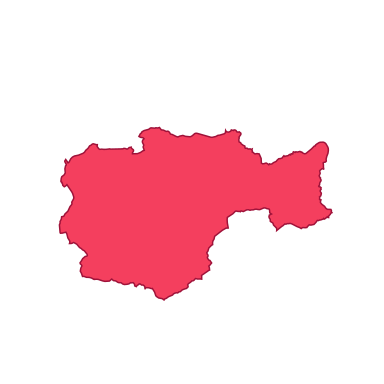 Junin, Manabi, Ecuador, rotated 326°
{"feature_id": "8360857B31956195822204", "entity_name": "Junin", "entity_type": "district", "adm_level": 2, "iso_a3": "ECU", "parent_name": "Ecuador", "parent_adm1": "Manabi", "projection": "albers", "projection_center": [-80.172, -0.94], "detail": "fine", "context": "isolated", "style": "filled", "palette": "rose", "viewbox_px": 384, "rotation_deg": 326, "n_neighbors": 0, "source": "geoboundaries", "source_scale": "gbopen_adm2", "svg_char_len": 6038}
<svg xmlns="http://www.w3.org/2000/svg" viewBox="0 0 384 384"><g transform="rotate(326 192 192)"><path d="M130.1,97.7L127.2,98.0L125.2,98.9L123.4,99.0L118.6,98.0L114.6,96.4L112.4,96.2L110.0,96.7L106.9,98.4L105.8,98.6L105.2,98.1L105.6,97.4L105.5,94.4L103.8,95.2L103.5,95.9L103.1,99.0L102.7,99.4L101.8,99.6L99.6,101.7L97.6,105.3L95.6,106.3L92.6,106.5L91.3,107.5L89.3,109.8L89.2,110.7L89.6,111.3L89.2,111.8L89.1,113.2L88.6,114.2L89.0,116.2L89.1,116.3L91.4,116.3L92.4,116.0L92.4,124.6L92.2,126.4L91.3,129.6L90.8,130.7L89.9,131.5L86.6,133.2L86.2,134.2L85.3,135.1L82.7,135.9L78.4,138.5L74.3,139.2L72.5,140.3L71.6,140.2L70.1,139.6L68.5,141.4L66.1,142.7L65.3,144.0L63.7,145.1L59.9,152.0L59.9,152.6L61.6,153.6L65.0,154.8L64.8,156.8L63.4,160.6L63.2,164.3L62.5,165.5L61.6,166.2L63.0,167.1L64.2,167.5L65.5,167.6L65.9,168.1L67.3,170.9L67.7,175.1L68.6,177.0L68.9,178.7L69.9,180.6L70.2,185.0L69.9,185.9L69.4,186.3L68.5,186.2L67.4,185.7L64.1,186.1L61.3,187.5L59.7,188.0L59.2,189.0L59.6,190.5L59.4,191.7L57.2,193.0L55.1,195.2L54.9,197.6L54.1,200.4L54.0,200.8L55.2,201.5L56.8,203.7L59.0,205.3L60.6,207.1L61.7,209.4L62.1,209.4L62.3,210.0L63.6,210.6L65.3,211.9L68.1,215.6L69.8,217.4L73.8,219.7L76.3,219.3L76.8,219.3L77.3,221.5L79.0,223.0L80.0,225.4L80.6,226.2L82.5,227.6L83.1,229.5L84.2,230.9L86.6,232.2L88.3,232.9L90.5,232.9L91.3,233.7L92.5,234.2L92.7,234.8L92.7,236.6L92.0,237.8L92.9,239.3L94.2,238.8L96.4,238.9L96.8,238.6L97.5,239.1L98.3,241.1L99.4,241.7L99.9,243.1L99.9,244.3L99.2,245.3L99.1,245.9L99.8,245.7L100.7,245.8L102.7,247.3L104.4,249.5L105.2,249.8L105.0,254.1L104.0,257.7L104.1,258.7L105.1,261.2L107.8,263.9L108.2,265.5L108.5,265.9L109.2,265.4L111.4,265.8L114.1,265.7L117.8,266.5L118.6,266.5L119.6,266.1L121.3,266.3L122.9,266.9L123.7,267.7L125.2,267.5L126.6,268.1L129.2,267.7L131.8,268.3L133.5,268.9L135.6,268.5L136.1,267.9L136.5,266.5L137.8,266.0L140.6,266.0L142.0,265.6L143.2,266.2L144.2,266.3L146.5,265.7L148.0,267.3L150.2,268.7L151.3,269.7L152.9,267.3L153.3,266.5L162.4,266.4L162.9,266.6L164.1,264.4L164.5,262.8L165.3,262.8L168.6,261.8L168.6,258.8L168.0,258.1L167.8,255.9L168.3,254.6L169.3,254.2L169.7,253.7L170.0,252.9L169.9,251.9L170.4,250.5L172.0,250.0L174.7,247.8L178.4,247.1L179.7,247.2L180.6,245.6L182.1,244.2L183.9,243.4L186.0,241.4L195.8,240.7L200.0,241.0L201.9,242.1L204.0,237.4L205.7,234.5L207.1,232.8L213.7,232.9L217.2,232.2L218.2,232.7L219.2,233.8L220.6,234.7L221.0,235.4L222.1,235.1L223.6,236.9L227.4,237.4L228.9,238.3L229.9,239.6L230.9,239.9L233.1,241.2L234.2,241.4L235.5,242.0L237.0,243.5L238.3,244.5L242.8,245.4L244.0,246.4L244.7,247.6L246.3,249.1L246.3,250.1L244.8,252.8L245.6,254.7L243.1,254.4L242.8,254.8L241.9,255.6L241.5,257.0L241.6,258.3L240.5,260.1L240.8,261.0L241.6,262.6L241.6,263.4L241.1,265.0L241.9,269.1L241.2,270.7L240.7,271.3L247.4,270.7L248.4,270.8L251.0,270.4L251.9,271.2L253.1,271.4L254.8,272.5L255.7,272.8L256.9,274.2L259.8,279.5L261.3,281.6L262.1,283.4L263.6,283.3L264.2,283.6L266.0,285.0L267.4,285.7L268.7,285.1L269.9,285.1L270.8,284.7L272.0,285.9L275.0,287.1L277.7,286.5L280.0,285.6L280.8,286.4L282.2,286.6L283.2,287.2L284.4,287.4L285.4,287.9L286.3,287.5L286.8,288.6L288.3,288.4L289.5,288.5L290.2,288.2L290.6,289.3L291.0,289.6L291.7,288.4L294.2,287.8L295.2,287.2L296.5,287.4L296.5,286.1L297.3,285.2L297.4,284.1L294.5,282.0L293.9,280.5L293.9,278.0L292.8,274.8L292.6,273.0L292.7,272.2L294.5,270.6L293.7,270.0L293.7,269.2L294.6,268.4L295.0,267.3L296.6,267.2L298.3,265.7L298.6,265.1L298.6,263.3L298.9,262.7L299.6,262.2L300.4,262.1L300.7,261.2L301.4,260.8L301.2,259.6L300.3,258.7L300.3,258.0L301.7,257.5L302.6,256.3L303.5,255.6L304.9,255.0L305.7,254.3L305.9,252.6L306.4,252.2L306.2,251.0L306.5,249.7L308.7,248.2L309.6,245.9L310.5,245.6L312.7,245.4L313.2,245.6L313.8,246.6L314.1,246.6L314.9,244.8L316.1,243.1L317.0,241.2L318.0,241.2L319.4,241.8L320.6,241.5L321.6,239.7L323.7,237.8L326.3,236.0L328.3,233.8L329.3,232.1L329.7,230.8L330.0,227.1L329.6,225.3L328.6,224.0L326.0,222.4L325.0,222.1L322.3,222.0L320.8,222.1L320.1,222.7L319.1,222.3L315.1,223.1L307.9,223.8L306.6,223.2L305.7,221.7L305.5,220.6L305.1,220.0L304.8,220.1L304.2,218.7L301.8,217.9L300.5,216.7L299.6,216.9L298.8,215.5L298.0,215.5L297.1,216.6L296.8,216.8L295.6,215.7L294.5,216.4L293.8,215.4L292.0,215.6L289.7,214.6L288.8,214.5L288.5,213.3L287.3,213.6L285.7,214.2L284.2,213.8L282.5,212.9L280.4,213.2L278.9,213.7L275.8,213.2L274.0,213.4L272.8,213.0L272.0,212.0L271.2,212.4L270.9,212.4L270.9,212.0L269.9,209.7L268.9,209.1L267.6,208.8L266.3,208.1L265.7,206.8L268.1,202.8L269.0,198.0L267.4,196.5L265.6,195.7L265.3,195.3L264.9,193.8L264.3,192.5L264.8,192.2L265.3,190.6L265.9,190.0L265.1,189.9L264.4,188.8L262.6,187.8L262.1,186.4L260.7,185.6L260.6,185.3L260.8,184.6L261.4,183.8L261.5,183.4L260.6,182.0L259.7,179.5L259.9,178.2L259.1,177.1L259.1,176.7L260.1,174.7L261.4,173.6L261.6,172.8L264.6,171.7L265.4,170.6L264.8,168.5L263.7,168.2L262.8,167.1L262.9,165.7L262.4,164.7L261.5,164.0L260.7,164.2L259.3,162.5L259.0,162.6L258.6,163.0L258.0,163.2L255.9,162.9L254.2,161.3L254.3,159.8L252.9,161.5L251.5,161.8L246.9,160.4L245.1,159.5L242.8,159.3L239.4,158.0L238.3,157.2L229.2,146.4L228.2,145.5L226.9,145.1L223.7,145.5L222.0,145.4L221.0,144.9L217.6,142.1L216.1,140.0L213.1,138.8L211.1,138.5L210.0,137.2L207.8,133.3L206.5,131.9L206.7,130.1L206.4,128.6L205.9,128.0L204.4,127.3L203.0,124.8L201.3,123.3L201.1,120.3L199.4,119.8L197.9,118.5L197.0,118.4L193.9,115.9L193.1,115.7L191.1,115.8L186.7,114.3L184.2,114.1L183.2,114.7L181.5,114.9L179.7,116.0L179.1,116.1L179.1,116.4L179.8,117.8L181.7,119.6L182.0,121.1L180.3,121.4L179.4,122.0L178.9,122.6L178.6,123.4L178.3,125.9L177.9,126.5L177.0,127.0L176.6,127.4L175.7,130.8L174.5,130.4L171.3,130.4L168.2,129.7L164.0,127.0L164.6,126.2L166.3,125.4L166.9,124.7L167.0,124.2L166.4,122.3L166.4,121.0L166.6,120.8L164.8,120.0L162.9,120.3L162.1,120.1L161.0,118.6L159.9,117.7L158.9,117.6L157.1,116.5L148.4,110.9L148.0,110.3L145.0,108.8L142.8,107.4L141.0,105.9L139.4,105.1L138.9,104.0L138.8,101.2L140.0,99.8L139.3,99.4L137.2,96.9L136.2,96.5L134.4,96.7L132.9,96.5L130.1,97.7Z" fill="#f43f5e" stroke="#9f1239" stroke-width="1.5"/></g></svg>